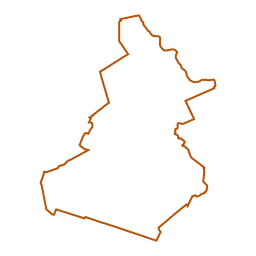 Manesti, Prahova, Romania (Robinson projection)
{"feature_id": "2599482B80791609444721", "entity_name": "Manesti", "entity_type": "district", "adm_level": 2, "iso_a3": "ROU", "parent_name": "Romania", "parent_adm1": "Prahova", "projection": "robinson", "projection_center": [25.843, 44.863], "detail": "fine", "context": "isolated", "style": "outline", "palette": "amber", "viewbox_px": 256, "rotation_deg": 0, "n_neighbors": 0, "source": "geoboundaries", "source_scale": "gbopen_adm2", "svg_char_len": 5480}
<svg xmlns="http://www.w3.org/2000/svg" viewBox="0 0 256 256"><path d="M204.2,193.3L204.1,193.1L204.3,192.5L204.5,192.3L205.1,192.0L205.4,191.8L205.7,191.5L205.8,191.2L206.1,191.1L206.2,190.9L206.6,190.5L206.7,190.1L206.7,189.5L206.7,189.1L206.9,188.5L207.2,188.1L207.2,187.9L207.1,187.5L207.2,187.1L207.2,186.6L207.2,186.1L207.1,185.5L207.0,185.4L205.0,183.4L203.3,181.5L203.3,181.2L203.4,179.6L204.2,173.5L204.3,173.0L204.3,172.8L204.1,172.2L204.0,171.8L204.0,171.4L204.3,169.0L203.8,168.6L203.5,167.8L204.1,167.4L203.4,166.8L202.7,166.1L202.3,165.8L200.9,165.1L200.3,164.4L199.7,164.0L198.6,163.2L196.5,161.5L194.0,159.8L193.0,158.9L191.7,158.0L190.9,156.9L190.4,155.9L189.5,153.3L189.1,152.5L188.9,151.9L188.3,149.6L188.0,149.3L185.5,147.2L185.4,147.1L185.0,146.8L184.7,146.5L184.6,146.3L184.2,146.2L183.8,146.2L183.2,146.2L182.6,145.8L182.4,145.6L182.3,145.4L182.3,145.2L182.5,144.9L183.2,144.5L183.7,144.1L184.8,141.8L183.2,140.2L182.6,139.7L182.2,139.8L181.9,139.4L181.0,138.5L180.6,138.2L180.2,138.2L179.5,138.6L179.2,138.7L178.8,138.6L178.3,137.9L178.1,137.6L178.0,137.3L178.0,137.0L178.1,136.4L178.1,136.1L177.9,135.6L176.8,134.8L176.4,134.4L176.2,134.3L175.7,134.4L175.3,134.3L175.1,134.2L174.8,134.0L174.7,133.9L174.7,133.5L174.8,133.3L175.1,132.8L175.3,132.5L175.4,132.3L175.5,132.0L175.4,131.5L175.1,130.9L175.1,130.6L175.2,130.2L175.3,129.9L175.5,129.4L175.6,128.9L175.9,128.9L176.3,128.9L176.5,128.9L176.8,128.8L177.0,128.7L177.3,128.5L177.5,128.2L177.6,127.8L177.5,127.5L177.6,126.9L177.8,126.1L177.8,125.9L177.7,125.6L177.5,125.1L177.6,124.3L177.9,123.8L178.3,123.3L178.4,123.1L183.0,123.9L194.1,119.1L189.1,108.5L186.6,103.2L186.0,102.1L185.5,100.8L201.5,93.8L214.1,88.3L213.9,87.9L213.8,87.6L213.9,87.3L214.0,87.1L214.9,86.6L215.1,86.4L215.3,86.1L215.4,85.7L215.4,84.9L215.2,83.7L215.0,82.7L214.5,80.7L214.5,80.4L214.3,80.1L214.2,79.9L213.9,79.7L213.7,79.7L213.0,79.7L212.4,79.8L211.5,79.9L209.9,80.2L209.2,80.3L208.2,80.2L207.5,80.2L206.4,79.9L205.4,79.9L204.2,79.9L203.0,79.8L202.5,79.8L202.0,79.9L201.3,80.2L200.5,80.8L199.5,81.3L198.4,81.7L197.2,81.9L196.1,82.0L195.5,82.1L194.6,82.1L193.8,82.0L192.3,81.5L191.0,80.8L189.7,79.9L188.3,77.9L187.3,76.8L186.9,75.6L186.5,73.7L186.2,73.1L186.1,72.4L185.9,71.9L185.1,70.6L184.2,69.9L182.6,68.9L181.9,68.2L181.5,67.6L181.2,66.7L181.2,66.1L180.6,65.0L178.7,63.1L178.2,62.2L176.7,59.5L176.0,58.4L175.8,57.7L175.8,57.2L175.9,55.5L176.0,54.9L176.4,54.0L176.7,53.5L177.0,53.0L177.2,52.3L177.1,52.0L176.9,51.6L176.4,51.1L175.8,50.7L175.3,50.3L174.9,50.0L174.1,49.6L173.4,49.4L173.0,49.4L172.4,49.4L172.0,49.4L170.7,49.7L169.8,49.8L167.8,50.3L167.1,50.4L165.9,50.5L164.5,50.3L163.9,50.1L163.3,49.8L163.0,49.5L162.1,48.5L161.0,47.3L160.7,46.9L160.4,46.2L160.1,45.4L160.0,44.1L160.0,42.9L159.9,41.9L160.0,40.8L160.2,39.8L160.1,39.4L160.0,39.2L160.0,38.9L160.1,38.6L160.1,38.2L160.0,37.5L159.7,37.1L159.3,36.7L158.0,36.2L154.1,36.1L152.7,35.5L151.5,34.7L150.6,33.7L150.3,33.2L149.8,31.8L149.6,31.6L148.4,31.1L148.0,30.8L147.6,30.2L146.1,28.1L145.0,26.5L144.0,25.4L143.6,24.9L143.2,23.9L143.3,23.3L143.4,22.4L143.2,22.2L142.2,21.4L141.8,20.9L141.4,20.4L141.2,19.3L140.7,18.5L139.0,15.4L132.3,16.6L127.9,17.6L120.4,19.1L121.0,20.1L121.1,20.6L120.3,20.8L120.0,21.0L119.8,21.2L119.6,21.4L119.3,21.8L119.2,22.1L119.2,22.5L119.2,27.2L119.2,38.2L119.2,41.2L120.1,42.5L123.5,47.4L128.1,54.1L124.7,56.2L118.1,60.4L113.6,63.2L111.5,64.6L103.8,69.5L100.0,71.7L101.3,76.6L101.4,77.2L104.2,86.7L105.4,90.7L105.9,92.1L106.1,93.2L106.6,94.7L107.4,97.6L108.8,102.0L109.1,102.6L105.0,105.6L103.0,107.1L101.7,108.3L96.3,112.4L92.7,115.3L91.4,116.3L91.5,116.3L89.5,117.6L90.9,118.5L88.9,122.4L90.2,122.5L91.1,122.6L91.8,122.9L92.2,123.6L92.4,124.5L92.4,125.4L92.3,126.6L92.2,127.3L92.0,127.5L90.9,128.8L89.6,131.0L89.4,131.3L89.4,131.5L89.3,132.0L89.1,132.5L88.1,133.8L87.4,133.4L86.6,133.1L85.1,133.2L82.8,136.9L79.6,145.2L80.9,146.3L84.1,148.8L84.3,149.0L84.5,149.1L85.9,149.4L88.3,150.1L70.3,159.9L70.0,160.0L69.3,160.1L69.0,160.2L68.7,160.4L68.0,160.9L67.5,161.2L66.7,161.8L66.0,162.5L65.7,162.8L65.5,163.2L65.2,163.7L64.9,164.0L64.6,164.1L64.0,164.5L63.3,164.8L61.5,165.4L61.2,165.5L60.4,165.6L59.7,165.9L59.3,166.1L58.7,166.6L58.4,167.0L57.9,167.8L57.8,168.2L57.7,168.3L57.3,168.4L53.3,169.8L52.9,169.9L47.5,171.8L46.0,172.2L44.6,171.8L44.2,171.7L44.0,173.3L43.9,173.6L41.1,181.5L40.8,182.3L40.6,182.9L41.0,183.9L41.6,185.0L42.9,191.6L46.3,209.2L51.9,214.2L53.9,214.8L56.2,209.4L84.5,218.4L85.3,217.1L85.5,217.0L93.3,219.7L93.8,219.8L99.0,221.7L103.5,223.1L105.3,223.5L105.7,223.7L107.4,224.2L107.8,224.4L108.0,224.5L110.6,225.3L111.3,225.5L116.7,227.3L117.6,227.6L118.6,227.9L119.1,228.1L119.6,228.3L119.8,228.3L129.9,231.8L133.1,232.8L133.3,232.9L134.5,233.3L135.4,233.6L136.9,234.1L144.4,236.6L144.7,236.7L147.1,237.5L147.3,237.6L148.7,238.1L152.2,239.3L152.7,239.4L153.1,239.6L153.3,239.6L155.4,240.3L156.4,240.6L158.9,235.5L160.3,232.6L160.5,232.4L160.6,232.0L160.3,231.6L159.4,230.2L159.0,229.7L158.7,228.6L158.5,227.7L167.1,220.5L176.5,212.5L177.9,211.4L180.9,208.9L181.9,208.2L182.5,207.6L186.7,204.4L187.7,206.1L189.2,202.7L189.3,202.5L191.1,198.9L191.7,197.6L192.2,196.7L192.3,196.5L192.3,196.4L192.5,196.1L194.0,195.7L195.0,195.4L195.4,195.3L195.5,195.4L195.6,195.6L195.7,195.8L195.9,196.1L196.2,196.3L196.5,196.5L196.8,196.6L197.1,196.5L197.5,196.4L198.5,196.0L199.1,195.8L199.8,195.4L200.3,195.0L200.6,194.8L201.3,194.1L201.5,193.9L202.7,193.6L203.4,193.4L204.2,193.3Z" fill="none" stroke="#b45309" stroke-width="2"/></svg>